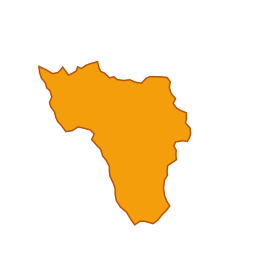 Alumínio, São Paulo, Brazil (orthographic projection), rotated 332°
{"feature_id": "56859067B48087755422140", "entity_name": "Alumínio", "entity_type": "district", "adm_level": 2, "iso_a3": "BRA", "parent_name": "Brazil", "parent_adm1": "São Paulo", "projection": "orthographic", "projection_center": [-47.283, -23.532], "detail": "fine", "context": "isolated", "style": "filled", "palette": "amber", "viewbox_px": 256, "rotation_deg": 332, "n_neighbors": 0, "source": "geoboundaries", "source_scale": "gbopen_adm2", "svg_char_len": 1298}
<svg xmlns="http://www.w3.org/2000/svg" viewBox="0 0 256 256"><g transform="rotate(332 128 128)"><path d="M128.3,216.3L127.9,211.0L128.5,204.9L131.2,197.7L135.7,191.2L140.6,188.3L142.2,184.4L145.5,179.8L155.8,178.7L157.6,174.4L160.2,170.1L159.9,165.6L163.3,162.7L169.7,164.6L174.0,167.6L177.8,165.5L180.7,162.2L182.8,157.3L181.1,150.5L183.8,147.5L186.6,141.9L182.9,137.5L180.3,133.5L179.3,127.6L183.7,124.5L182.3,117.7L183.4,111.9L187.0,106.9L186.2,101.7L180.9,98.2L175.8,95.3L171.3,92.9L167.4,92.6L160.8,94.8L155.7,90.7L152.3,86.3L146.2,83.9L141.0,80.0L139.6,76.1L135.1,75.0L133.2,68.6L130.4,65.2L130.8,60.6L132.2,55.1L125.6,53.6L120.2,52.9L114.8,53.6L112.2,50.4L108.9,53.4L104.4,53.6L100.3,53.4L99.7,48.9L98.9,43.6L95.2,45.3L91.6,46.1L86.8,44.4L82.7,37.6L78.3,31.8L75.8,38.0L75.0,43.4L76.2,49.3L75.1,54.4L76.6,58.5L75.2,64.9L70.6,68.7L69.7,73.0L70.7,79.1L69.2,85.0L69.0,89.5L70.3,94.6L71.5,102.0L77.6,104.2L84.4,103.6L88.7,107.2L93.8,112.1L95.4,117.4L90.5,121.2L91.9,127.0L93.8,134.3L92.5,140.9L93.6,146.4L93.5,153.2L91.3,157.3L89.6,161.6L89.3,165.5L89.1,170.1L88.2,175.5L85.5,180.6L83.6,186.6L84.2,194.1L87.2,201.7L87.6,210.5L88.5,216.6L94.8,216.0L98.4,217.8L101.3,220.4L105.2,224.2L110.5,223.5L116.9,220.8L123.0,218.9L128.3,216.3Z" fill="#f59e0b" stroke="#b45309" stroke-width="1.5"/></g></svg>